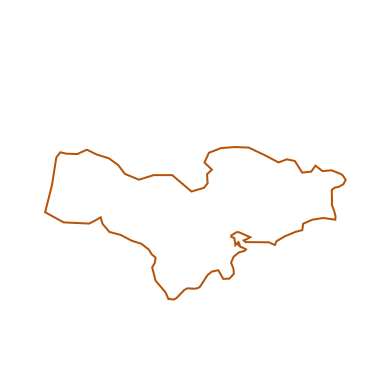 Nord, Natural Earth projection, rotated 134°
{"feature_id": "HTI-1387", "entity_name": "Nord", "entity_type": "Department", "adm_level": 1, "iso_a3": "HTI", "parent_name": "Haiti", "parent_adm1": "", "projection": "natural_earth1", "projection_center": [-72.317, 19.567], "detail": "fine", "context": "isolated", "style": "outline", "palette": "amber", "viewbox_px": 384, "rotation_deg": 134, "n_neighbors": 0, "source": "natural_earth", "source_scale": "10m", "svg_char_len": 1523}
<svg xmlns="http://www.w3.org/2000/svg" viewBox="0 0 384 384"><g transform="rotate(134 192 192)"><path d="M112.4,69.7L119.4,79.4L128.3,86.2L137.6,90.0L142.8,86.2L148.9,89.9L159.0,94.3L168.5,97.0L172.6,95.6L174.8,101.8L190.9,118.7L190.9,121.2L189.3,120.4L184.1,118.7L188.3,130.2L189.8,132.0L195.7,133.5L197.0,132.9L195.7,129.5L200.1,123.9L199.0,123.8L196.8,124.0L195.7,123.9L195.8,123.4L196.5,121.7L197.3,120.4L197.8,121.2L197.8,118.7L197.0,117.5L195.7,113.3L197.8,113.3L202.8,116.3L209.6,117.1L215.7,114.8L218.3,109.0L221.7,105.1L228.3,104.9L232.8,109.2L230.0,118.7L235.6,122.5L241.1,123.1L254.3,120.5L255.5,120.6L257.4,121.2L259.7,122.9L264.5,128.4L267.7,129.5L279.3,129.5L282.0,130.4L283.5,132.2L284.5,134.1L285.4,134.6L283.8,138.3L282.6,141.3L281.1,156.6L273.9,168.3L268.6,169.6L264.5,172.6L264.8,178.0L263.4,183.0L264.4,192.4L269.0,201.7L272.4,213.4L278.1,223.7L277.1,234.2L273.7,240.1L279.9,241.9L286.1,244.0L303.0,263.2L308.6,283.6L284.5,297.4L261.4,313.6L254.9,314.3L251.8,309.1L244.4,300.9L234.6,297.0L231.1,286.3L225.5,275.1L223.9,263.8L225.6,252.8L220.0,238.7L206.5,231.3L193.6,217.9L192.0,192.7L185.6,189.1L180.7,186.3L174.9,186.8L168.8,193.5L162.1,193.2L162.1,203.5L152.0,207.1L140.1,201.5L129.9,192.4L120.7,182.1L115.2,166.0L110.6,150.3L102.5,146.4L98.3,139.6L101.5,126.2L94.5,120.4L87.3,121.5L86.3,112.7L79.4,106.6L75.5,97.1L75.4,94.7L76.5,89.9L81.2,88.5L86.5,90.1L89.8,92.4L93.4,92.9L97.7,88.6L101.5,84.7L104.2,82.3L106.4,77.5L109.7,71.9L112.4,69.7Z" fill="none" stroke="#b45309" stroke-width="2"/></g></svg>